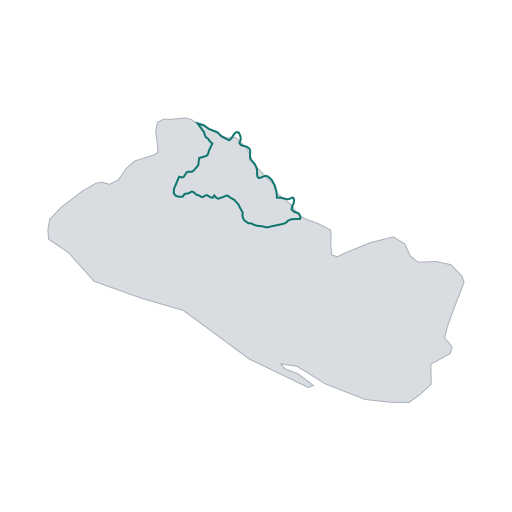 Chalatenango on a map of El Salvador (Robinson projection), rotated 8°
{"feature_id": "SLV-1357", "entity_name": "Chalatenango", "entity_type": "Department", "adm_level": 1, "iso_a3": "SLV", "parent_name": "El Salvador", "parent_adm1": "", "projection": "robinson", "projection_center": [-89.111, 14.18], "detail": "fine", "context": "in_parent", "style": "outline", "palette": "teal", "viewbox_px": 512, "rotation_deg": 8, "n_neighbors": 0, "source": "natural_earth", "source_scale": "10m", "svg_char_len": 2989}
<svg xmlns="http://www.w3.org/2000/svg" viewBox="0 0 512 512"><g transform="rotate(8 256 256)"><path d="M176.8,132.1L181.2,133.0L210.5,143.3L219.2,141.3L230.3,149.5L235.6,156.0L240.3,164.8L263.4,182.7L267.3,190.5L284.6,201.0L291.6,209.0L299.0,212.3L313.4,215.4L325.8,219.7L327.2,222.6L328.4,234.6L331.1,244.6L336.9,245.3L344.1,240.4L367.3,226.9L389.2,218.0L401.6,223.3L408.9,234.6L417.3,239.6L434.7,236.5L450.4,237.5L462.8,247.3L465.7,253.0L458.1,285.6L455.4,299.5L454.1,311.3L458.5,314.4L462.9,319.0L462.0,325.3L448.4,335.8L444.2,338.5L447.3,358.6L437.3,370.8L428.0,379.6L411.8,382.0L384.2,382.9L342.6,373.0L312.0,359.5L295.5,359.4L300.7,363.8L313.8,366.7L330.9,376.3L326.0,378.9L263.7,359.0L191.6,320.0L148.5,313.8L99.2,303.6L70.1,278.9L48.2,268.2L46.3,258.9L46.6,248.5L56.5,234.7L75.0,216.0L87.3,206.3L93.0,204.4L101.1,205.4L108.9,200.0L115.6,187.1L122.6,178.8L140.3,170.4L144.4,167.1L143.0,159.9L139.2,145.9L139.8,137.3L145.6,133.3L152.5,132.6L166.9,129.1L173.1,129.8L176.8,132.1Z" fill="#d9dde1" stroke="#a8b0b8" stroke-width="1"/><path d="M179.6,132.7L186.4,133.9L191.8,136.8L200.8,138.9L205.2,142.4L213.3,145.1L215.0,143.4L217.5,138.0L218.9,136.4L220.4,135.9L221.5,136.1L222.3,137.0L223.3,138.5L224.2,140.4L224.6,142.4L224.4,144.4L223.8,146.4L225.7,148.3L231.7,149.1L234.5,150.6L235.7,153.1L236.3,159.2L237.1,161.0L241.6,164.8L243.2,166.9L244.8,169.9L245.4,172.4L245.5,173.3L245.7,175.0L246.3,177.1L247.8,178.4L249.5,177.9L251.6,176.6L254.1,175.4L256.8,175.5L261.1,178.6L264.8,183.7L267.4,189.7L268.6,195.3L271.7,194.8L279.4,195.5L281.5,194.6L283.3,193.3L284.8,193.1L286.0,195.4L285.9,198.8L284.8,202.1L284.7,204.9L287.5,206.9L291.3,207.5L292.1,207.8L293.3,209.0L294.2,210.4L294.6,212.1L294.5,213.1L286.5,214.5L282.8,216.4L281.5,218.4L280.3,219.4L278.2,220.5L267.4,224.4L264.8,225.5L262.4,226.2L257.8,225.7L252.6,225.9L249.8,225.5L247.0,224.4L243.9,224.6L240.1,222.7L239.4,222.2L238.7,221.4L237.7,219.9L237.3,218.8L237.0,217.9L236.8,217.4L236.8,216.8L236.8,216.3L236.9,215.5L236.9,215.4L236.8,215.1L236.5,214.5L232.7,209.5L231.9,207.9L231.6,207.5L228.7,205.2L227.4,203.9L226.5,203.4L222.0,201.6L219.8,200.3L219.2,200.2L218.6,200.2L215.5,202.0L210.7,204.5L208.7,204.0L206.2,201.8L205.1,204.3L202.7,204.2L199.0,202.5L197.7,203.0L195.4,204.8L194.7,205.2L193.4,205.0L191.8,204.2L191.2,204.0L188.3,203.5L185.2,201.5L183.4,201.1L181.7,202.5L180.1,203.5L178.0,204.0L176.5,204.6L176.0,206.0L175.2,207.3L173.1,207.9L170.5,208.0L167.9,207.4L165.9,205.4L165.4,201.1L168.8,188.2L172.1,188.5L172.5,188.3L172.9,188.0L173.3,187.7L173.7,187.0L175.7,182.9L176.1,182.5L176.4,182.3L176.8,182.1L177.3,181.9L177.8,181.9L179.6,181.7L180.1,181.6L180.6,181.5L181.0,181.3L181.5,181.0L181.8,180.7L182.4,180.1L185.8,174.8L186.2,173.9L186.2,173.1L186.1,170.9L186.1,166.9L192.6,164.0L194.2,162.1L194.8,158.0L197.1,150.8L193.9,148.5L193.1,147.3L192.7,146.9L190.1,145.4L189.4,144.9L189.1,144.4L188.3,143.0L187.7,141.5L187.5,141.1L186.3,139.6L179.6,132.7Z" fill="none" stroke="#0f766e" stroke-width="2"/></g></svg>